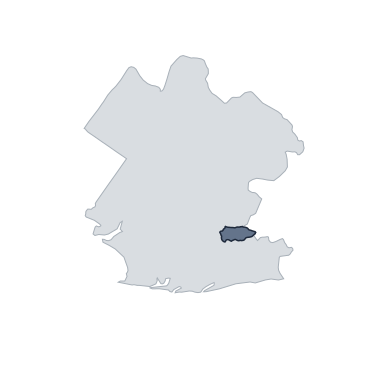 location of Dola, Ngounié, Gabon, rotated 305°
{"feature_id": "22940354B92204383956845", "entity_name": "Dola", "entity_type": "district", "adm_level": 2, "iso_a3": "GAB", "parent_name": "Gabon", "parent_adm1": "Ngounié", "projection": "albers", "projection_center": [11.352, -2.321], "detail": "fine", "context": "in_parent", "style": "filled", "palette": "slate", "viewbox_px": 384, "rotation_deg": 305, "n_neighbors": 0, "source": "geoboundaries", "source_scale": "gbopen_adm2", "svg_char_len": 5076}
<svg xmlns="http://www.w3.org/2000/svg" viewBox="0 0 384 384"><g transform="rotate(305 192 192)"><path d="M260.7,72.8L260.5,75.6L257.3,82.5L255.7,87.8L255.3,93.4L256.2,97.9L257.8,101.1L258.7,104.7L258.0,107.1L256.4,108.2L257.5,109.4L259.8,109.7L263.8,108.7L269.9,106.8L277.8,104.1L283.1,102.6L291.8,103.6L296.4,104.6L298.7,106.5L301.3,114.6L302.5,115.9L304.6,119.3L306.4,123.4L306.7,125.5L306.5,127.0L304.8,129.3L302.8,132.6L302.1,134.6L300.4,136.0L298.3,137.5L292.5,138.0L291.6,138.9L290.0,142.4L287.0,145.4L285.6,148.2L284.3,151.9L284.6,156.5L283.9,163.2L283.3,167.7L284.8,169.3L291.7,170.4L293.1,171.3L294.9,174.1L297.2,176.8L303.5,178.4L306.0,180.5L308.0,182.7L308.2,184.5L306.8,191.7L305.4,198.7L305.9,204.0L306.4,209.0L307.1,216.4L306.8,220.9L305.0,223.6L305.0,225.8L305.8,228.4L304.2,235.6L303.2,236.8L300.4,238.1L298.9,240.0L298.4,243.1L296.9,247.2L295.3,248.7L295.3,250.6L296.8,252.1L296.8,254.2L293.9,256.8L292.2,258.7L288.5,259.7L284.2,258.7L283.2,257.2L284.2,255.0L283.9,253.2L282.4,251.3L280.1,246.5L278.1,245.5L276.9,247.5L273.4,251.1L267.2,255.8L262.9,256.2L254.9,254.7L248.2,252.5L245.1,247.0L243.1,242.4L240.3,237.1L237.1,234.6L233.7,233.0L232.1,232.9L227.2,235.8L225.8,237.0L225.8,239.5L226.2,241.8L227.0,242.9L227.6,244.4L227.5,246.7L226.6,249.7L226.3,253.1L211.0,256.4L208.3,255.2L206.4,253.7L204.1,254.0L197.4,255.7L195.0,254.5L192.5,253.6L191.4,254.3L191.3,255.8L192.4,263.8L192.1,266.8L190.6,270.8L189.8,273.5L193.9,274.2L195.3,275.5L196.8,277.5L198.7,279.4L198.9,280.5L196.6,282.6L195.9,285.1L196.9,287.2L199.7,289.2L203.7,291.4L205.7,292.8L205.5,294.2L203.7,296.9L202.9,299.3L201.7,301.4L201.9,303.4L203.7,305.2L203.5,306.8L202.3,308.1L199.8,307.8L197.7,308.0L195.7,307.5L189.8,301.1L188.5,301.0L179.8,305.8L177.6,307.8L175.9,310.7L173.5,316.9L169.5,313.3L166.1,306.7L162.1,302.6L153.8,296.0L151.6,291.2L142.0,280.6L128.3,269.9L118.4,260.7L116.9,258.7L118.5,258.9L128.1,263.5L129.4,263.0L130.5,262.0L126.4,259.6L122.4,257.7L118.7,256.5L115.0,256.6L113.0,254.6L111.6,251.7L110.9,249.1L109.3,246.5L104.0,241.0L102.7,238.9L99.8,236.0L101.6,235.6L107.2,238.4L107.7,237.3L107.2,235.7L101.6,233.0L98.5,232.9L97.8,231.0L98.2,228.9L94.1,220.9L89.9,215.0L89.2,212.1L100.6,225.1L102.1,225.3L104.1,225.2L108.8,223.7L107.9,222.0L105.8,220.1L103.8,221.0L101.1,221.2L99.7,220.4L99.1,219.1L101.7,212.8L100.6,213.1L99.7,214.2L98.2,214.7L96.0,215.1L90.4,211.7L85.4,202.6L84.1,200.7L82.8,197.6L81.5,196.3L75.8,183.3L77.9,184.3L80.5,188.0L85.6,187.2L87.5,185.0L89.2,185.1L91.0,184.6L93.2,182.6L99.6,173.6L101.3,161.9L100.8,154.9L99.8,147.9L101.9,145.7L102.8,147.2L103.2,149.7L104.2,151.5L106.5,153.1L110.8,153.5L117.4,156.1L119.7,157.7L120.4,154.5L128.0,151.7L125.7,150.7L118.9,151.8L109.6,147.6L106.6,145.0L103.7,140.0L100.7,137.4L100.9,135.0L107.6,132.8L109.3,133.1L110.0,135.7L111.8,136.7L112.5,136.4L112.8,134.2L112.8,128.2L110.8,119.7L111.4,118.1L113.2,117.5L114.8,116.4L116.0,116.2L118.2,116.4L119.4,118.3L120.0,119.4L122.2,119.9L124.1,121.0L125.7,120.7L127.1,119.4L129.0,119.2L135.1,119.2L140.6,119.2L151.5,119.2L162.5,119.3L173.4,119.3L181.7,119.3L181.7,114.5L181.6,107.0L181.6,98.1L181.5,89.6L181.5,81.8L181.4,72.5L181.9,69.9L182.4,68.8L182.2,67.2L190.7,67.1L206.1,67.8L212.8,67.7L214.7,67.8L223.1,67.4L229.9,68.0L232.7,68.6L235.3,69.0L243.5,69.4L254.1,68.9L257.7,69.0L259.7,70.3L260.7,72.8Z" fill="#d9dde1" stroke="#a8b0b8" stroke-width="1"/><path d="M183.8,241.8L183.6,241.4L183.5,241.1L183.3,240.6L183.1,240.0L183.0,239.5L183.0,239.2L182.7,239.1L182.4,239.1L182.1,239.3L181.9,239.5L181.0,239.6L180.5,239.5L180.0,239.2L179.4,239.1L178.8,239.2L178.4,239.4L177.7,239.3L177.3,239.1L177.0,238.7L176.5,238.2L176.0,237.9L175.4,237.8L175.0,237.9L174.7,238.2L174.5,238.8L174.2,239.4L173.9,239.8L173.6,240.2L173.3,240.5L173.1,241.0L172.9,241.5L172.5,241.8L171.8,242.0L171.6,242.3L171.3,242.6L171.0,242.8L170.7,242.9L170.4,243.3L170.2,243.6L170.0,244.1L169.7,244.6L169.6,245.1L169.6,245.9L169.6,246.7L169.8,247.3L170.1,247.7L170.5,247.8L170.9,247.7L171.6,247.6L172.3,247.6L173.0,248.0L173.5,248.7L173.9,249.5L174.0,250.2L174.0,250.9L174.2,252.2L174.3,252.5L175.2,252.8L175.9,253.2L176.4,253.5L176.8,253.8L177.4,254.1L177.9,254.6L178.1,255.0L178.2,255.8L178.3,256.5L178.4,257.1L178.6,257.7L179.0,258.4L179.4,258.7L179.8,259.0L180.2,259.5L180.3,259.9L180.5,260.3L181.0,260.9L181.8,261.7L182.6,262.2L183.4,262.3L184.4,262.4L185.1,262.4L185.8,262.7L186.5,263.3L187.3,264.2L188.1,265.1L189.0,265.9L189.6,266.4L190.2,266.7L191.1,266.9L192.4,267.2L193.3,267.4L194.1,267.7L194.5,267.4L195.4,267.4L195.7,266.4L195.3,265.4L195.0,264.4L194.6,263.3L194.4,262.2L193.7,260.5L193.8,259.8L194.1,258.7L194.2,257.9L194.1,257.2L193.8,256.3L193.5,255.5L193.0,254.6L192.6,254.0L192.6,252.9L192.3,252.7L191.9,252.4L191.7,252.2L191.5,251.8L191.2,251.5L190.8,251.4L190.6,251.2L190.4,250.8L190.2,250.5L189.9,250.2L189.7,250.0L189.5,249.7L189.4,249.3L189.0,248.9L188.6,248.6L188.3,248.4L188.0,248.2L187.4,247.8L187.0,247.3L186.8,246.8L186.6,246.4L186.3,245.9L185.9,245.2L185.5,244.7L185.2,244.1L184.7,243.4L184.4,242.7L183.8,241.8Z" fill="#64748b" stroke="#1e293b" stroke-width="1.5"/></g></svg>